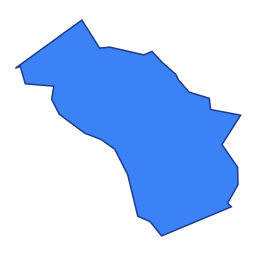 the district of Oconee, Georgia, United States of America
{"feature_id": "52423323B77419702079758", "entity_name": "Oconee", "entity_type": "district", "adm_level": 2, "iso_a3": "USA", "parent_name": "United States of America", "parent_adm1": "Georgia", "projection": "equal_earth", "projection_center": [-83.449, 33.832], "detail": "fine", "context": "isolated", "style": "filled", "palette": "blue", "viewbox_px": 256, "rotation_deg": 0, "n_neighbors": 0, "source": "geoboundaries", "source_scale": "gbopen_adm2", "svg_char_len": 511}
<svg xmlns="http://www.w3.org/2000/svg" viewBox="0 0 256 256"><path d="M101.0,139.5L114.8,149.3L127.7,174.7L137.8,216.3L150.0,221.6L161.6,235.9L231.3,206.8L227.7,203.0L238.0,184.7L237.6,167.2L222.0,144.6L240.6,115.2L210.6,109.5L209.3,98.3L189.0,92.1L179.4,80.9L178.8,80.7L175.9,74.5L162.2,62.4L152.0,51.4L143.8,54.9L109.7,47.1L99.6,48.1L81.9,20.1L64.1,32.8L61.7,34.6L15.4,68.2L20.3,66.5L25.3,83.8L53.8,86.2L51.6,99.3L59.3,114.3L84.7,133.2L101.0,139.5Z" fill="#3b82f6" stroke="#1e3a8a" stroke-width="1.5"/></svg>